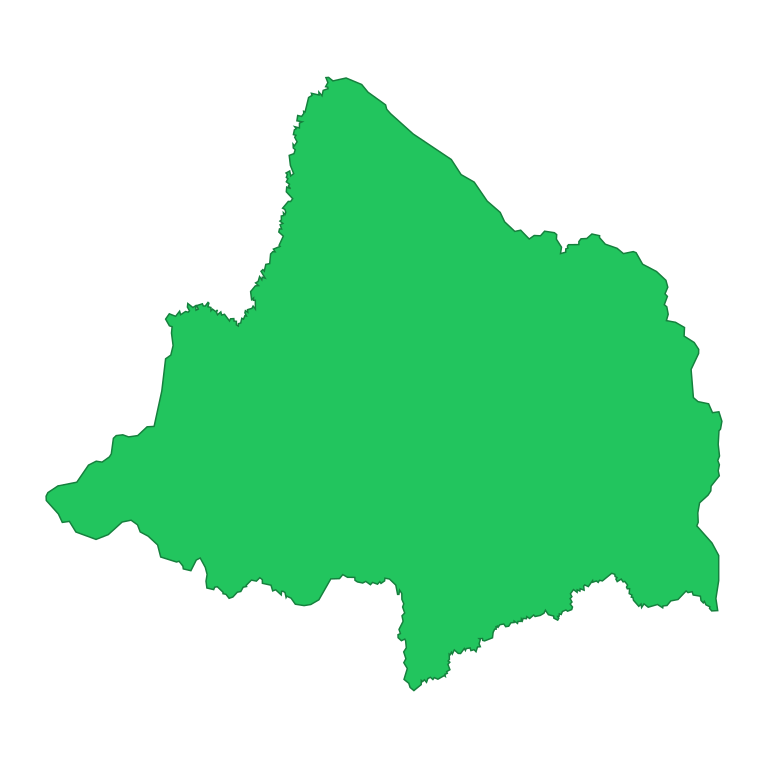 the district of Kuchinarai, Kalasin, Thailand
{"feature_id": "78962969B96720731529484", "entity_name": "Kuchinarai", "entity_type": "district", "adm_level": 2, "iso_a3": "THA", "parent_name": "Thailand", "parent_adm1": "Kalasin", "projection": "equal_earth", "projection_center": [103.988, 16.535], "detail": "fine", "context": "isolated", "style": "filled", "palette": "green", "viewbox_px": 768, "rotation_deg": 0, "n_neighbors": 0, "source": "geoboundaries", "source_scale": "gbopen_adm2", "svg_char_len": 6078}
<svg xmlns="http://www.w3.org/2000/svg" viewBox="0 0 768 768"><path d="M62.3,522.4L69.4,521.4L75.9,532.0L96.0,539.4L108.3,534.6L122.2,522.0L131.1,520.2L137.5,524.8L140.2,531.9L148.1,536.1L157.6,544.9L160.7,557.0L176.5,562.0L179.1,561.3L182.9,566.1L183.3,568.9L190.9,570.7L196.3,560.0L200.2,558.0L205.3,567.4L207.1,574.4L206.0,581.2L206.9,588.0L213.7,589.6L214.7,587.2L217.3,586.7L223.0,592.2L223.0,593.7L226.0,594.3L229.1,598.3L232.9,597.0L237.3,592.2L240.8,591.5L243.2,587.2L246.6,586.5L246.2,585.3L251.4,580.1L256.4,581.1L259.8,577.7L262.3,579.6L262.4,583.3L271.0,585.2L272.7,590.9L275.7,589.8L281.2,594.9L281.6,591.3L283.1,591.3L285.0,592.5L286.1,597.5L286.8,596.2L291.1,598.2L295.3,604.2L304.1,605.6L310.8,604.5L318.9,599.8L330.8,578.9L339.5,578.6L342.8,574.6L347.5,577.3L354.8,577.4L355.0,580.3L357.4,581.9L362.7,583.0L365.8,581.4L370.4,584.7L372.6,582.4L377.5,584.2L379.8,581.7L381.0,583.4L384.6,580.9L384.9,578.2L389.5,579.0L395.8,585.1L397.6,594.4L398.9,594.4L399.6,590.1L401.8,593.5L401.9,599.4L403.8,603.8L402.6,607.0L404.7,613.0L402.0,615.8L403.1,621.3L399.0,629.4L400.4,633.6L398.0,634.7L398.1,637.7L401.4,640.7L404.8,639.1L405.6,640.7L406.3,647.8L403.7,651.9L405.9,658.7L403.8,662.7L407.3,668.5L404.0,679.4L408.8,683.3L410.1,687.5L413.9,690.6L421.2,684.6L421.3,680.4L422.6,681.6L424.4,679.8L426.5,682.3L427.9,678.5L430.4,677.3L432.9,679.5L434.3,677.6L437.9,679.2L444.2,675.6L445.3,676.4L444.9,674.3L447.3,673.3L446.6,671.7L449.9,669.7L447.9,664.3L449.8,662.2L448.1,661.0L449.4,659.4L449.2,654.1L450.1,654.8L451.4,652.3L452.3,654.1L454.3,649.9L458.2,653.4L460.6,653.5L464.3,648.5L465.4,650.5L466.2,648.6L470.1,647.9L470.9,650.6L474.1,649.7L476.0,651.7L477.5,647.0L480.3,646.7L479.1,643.8L480.3,639.5L479.2,638.6L482.5,638.5L482.7,640.4L484.6,640.9L492.5,637.8L493.1,632.5L494.6,629.2L496.2,629.1L496.0,626.8L497.5,627.1L497.2,625.4L498.2,627.1L499.9,624.7L503.8,624.0L505.7,626.7L508.7,626.2L510.9,622.8L514.1,622.5L514.1,621.0L517.5,623.4L518.0,621.4L521.2,621.4L521.4,619.0L522.4,620.8L523.1,618.4L526.4,618.7L526.8,616.6L529.7,618.5L533.7,615.0L535.1,616.5L540.3,615.4L544.0,613.2L545.4,610.2L548.4,614.7L553.6,616.0L553.9,618.2L557.7,620.1L558.8,618.2L557.6,616.4L559.1,616.2L559.3,613.8L561.2,614.5L562.4,611.5L565.9,610.0L567.6,611.2L571.7,609.6L572.5,607.0L570.2,604.0L572.0,602.0L570.1,598.6L571.9,596.7L570.4,593.8L573.5,589.6L577.1,592.3L577.2,589.8L579.9,591.1L580.2,588.7L584.1,590.2L583.7,586.1L584.7,584.9L588.3,586.6L592.6,580.6L592.8,582.2L596.4,581.0L598.2,582.4L599.5,580.3L602.4,580.9L611.7,573.3L614.8,574.3L615.1,576.5L617.0,577.6L615.9,579.1L617.2,581.6L621.2,579.1L623.1,581.9L624.7,581.4L627.6,585.0L626.5,587.1L627.3,588.8L629.6,588.7L629.2,593.6L631.9,595.0L631.3,597.1L632.9,597.4L633.5,600.3L638.8,606.3L641.0,604.1L641.6,607.5L644.0,603.9L648.2,607.2L657.5,604.5L662.7,607.8L663.0,605.9L667.0,605.5L670.8,600.9L678.0,599.5L686.1,591.0L688.0,592.6L692.1,591.7L693.2,595.0L700.4,596.2L701.0,600.5L703.3,602.9L704.4,601.4L705.9,604.8L709.9,606.8L709.5,608.4L711.7,610.9L717.7,610.6L715.9,598.5L718.7,580.6L718.7,555.5L712.0,543.0L696.8,525.9L698.2,522.3L697.8,512.9L699.6,502.8L708.0,495.2L710.8,490.9L711.1,486.1L719.3,475.8L718.2,470.7L719.4,464.8L717.8,460.5L719.5,456.0L718.2,444.3L719.0,430.8L720.5,429.1L721.9,421.3L718.9,411.8L712.5,412.7L708.6,403.8L698.0,401.6L693.4,397.6L691.1,369.4L698.6,353.5L698.7,349.4L694.2,342.5L684.1,336.1L684.5,327.5L675.5,322.3L666.4,320.6L668.2,314.3L666.8,306.8L664.3,304.7L667.4,296.4L665.0,293.8L667.8,287.2L665.9,280.3L656.5,271.5L642.6,264.2L636.1,252.7L633.3,251.6L623.4,253.6L617.1,248.3L605.3,244.2L599.5,237.6L599.6,235.7L591.9,234.0L586.8,238.5L581.0,238.8L578.9,241.5L578.8,244.6L568.5,244.7L567.4,246.1L567.9,248.1L565.8,248.9L565.7,252.2L560.5,253.6L561.5,247.2L556.4,239.2L556.7,234.6L554.4,232.7L544.6,231.2L540.5,235.8L534.2,235.5L529.2,239.0L520.7,230.2L514.8,231.4L504.6,221.8L500.2,212.4L487.2,201.1L474.2,182.1L461.1,174.6L451.3,159.5L413.2,134.0L390.5,113.6L386.7,109.3L385.6,104.9L368.0,92.2L361.7,84.5L346.1,78.0L332.9,80.9L328.6,77.4L325.9,77.6L327.9,82.6L325.6,86.7L327.8,87.2L328.0,88.7L323.2,90.4L322.0,95.8L318.9,92.1L319.0,95.0L311.4,93.3L312.0,95.4L308.6,97.5L305.1,111.9L303.6,111.3L303.8,113.4L301.6,116.4L297.7,115.5L296.9,120.8L302.2,121.8L299.5,123.1L299.4,127.9L294.7,126.7L296.3,128.7L294.4,129.8L293.4,134.6L295.9,135.3L294.7,137.3L297.1,141.8L294.4,145.8L293.1,144.2L293.3,148.0L295.2,149.7L294.0,153.6L289.2,155.4L290.4,165.4L293.7,173.6L290.7,176.0L289.7,171.0L286.0,173.0L287.4,174.6L286.3,177.4L287.9,178.7L286.3,181.8L289.5,184.2L288.4,186.1L290.6,188.7L286.7,187.1L286.3,191.8L292.7,198.7L290.6,201.5L288.3,201.4L282.6,208.2L284.9,209.4L285.8,212.3L285.1,214.4L283.4,212.7L283.7,215.5L281.3,216.0L281.4,219.9L279.9,221.1L282.9,223.4L280.1,224.7L281.6,229.0L279.5,228.9L278.8,232.0L283.3,236.1L279.1,245.3L280.1,246.4L273.4,249.1L275.1,251.8L272.8,251.7L270.6,254.0L269.7,263.6L265.8,264.4L264.3,271.2L262.9,269.6L261.0,271.3L265.1,278.1L262.3,277.2L261.8,279.8L259.6,276.6L258.1,281.5L255.6,282.9L258.5,285.6L255.3,285.9L250.6,291.6L251.6,299.6L253.5,298.0L253.3,300.3L255.3,300.3L255.4,309.1L253.1,306.1L252.0,308.3L247.5,309.7L247.8,312.3L245.4,310.7L244.9,312.8L246.4,316.0L244.9,315.7L243.5,319.1L241.8,318.3L240.7,323.0L238.4,323.7L238.3,326.0L236.4,324.9L236.4,321.3L234.1,321.1L233.8,318.6L230.5,318.8L229.5,321.0L224.5,314.3L221.6,315.0L220.8,311.9L217.5,314.8L216.5,312.4L217.5,309.9L215.8,311.6L212.4,309.1L211.0,310.7L210.9,307.5L207.9,306.7L208.9,303.2L208.0,302.4L205.2,306.1L203.2,305.9L202.4,303.8L196.7,305.6L198.3,309.1L196.0,310.2L195.7,305.7L192.9,307.5L187.8,303.5L187.4,307.1L189.5,310.8L188.2,312.2L185.6,311.5L180.6,314.7L179.6,311.2L175.6,316.3L169.3,313.8L165.6,319.1L169.4,325.8L172.1,326.7L171.5,333.1L173.1,345.6L170.8,355.1L165.6,358.8L161.8,391.0L154.1,426.4L147.1,426.8L137.7,435.6L128.6,436.9L122.8,434.8L116.2,435.6L113.4,438.3L111.3,453.9L109.4,456.9L102.1,462.1L96.2,461.2L88.5,465.1L76.8,482.2L58.0,485.9L47.9,492.6L46.1,496.2L46.3,500.5L58.4,514.0L62.3,522.4Z" fill="#22c55e" stroke="#15803d" stroke-width="1.5"/></svg>